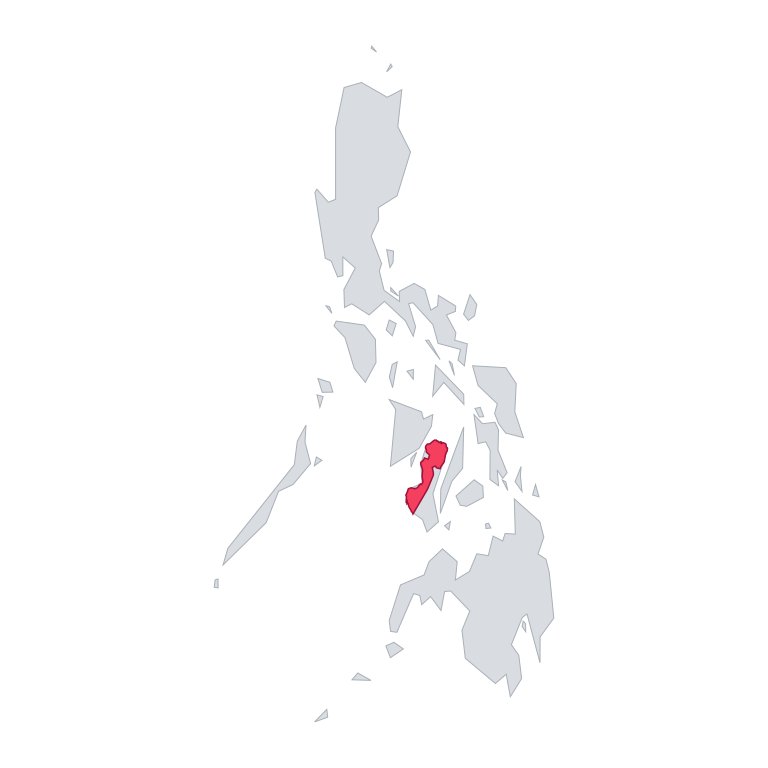 Philippines, with Negros Occidental highlighted
{"feature_id": "PHL-2518", "entity_name": "Negros Occidental", "entity_type": "Province", "adm_level": 1, "iso_a3": "PHL", "parent_name": "Philippines", "parent_adm1": "", "projection": "equal_earth", "projection_center": [123.001, 10.217], "detail": "fine", "context": "in_parent", "style": "filled", "palette": "rose", "viewbox_px": 768, "rotation_deg": 0, "n_neighbors": 0, "source": "natural_earth", "source_scale": "10m", "svg_char_len": 5461}
<svg xmlns="http://www.w3.org/2000/svg" viewBox="0 0 768 768"><path d="M361.5,82.5L387.2,97.3L401.8,89.7L397.8,126.7L410.5,151.9L397.1,195.8L378.3,207.6L378.7,219.9L371.1,236.1L381.6,263.7L379.3,271.0L384.1,290.4L399.6,301.6L399.2,291.4L414.2,283.4L424.9,289.5L430.8,310.1L437.6,306.0L438.4,295.4L455.7,306.0L455.4,311.4L446.4,315.0L455.9,332.7L454.7,340.2L467.3,343.8L464.4,365.9L458.0,360.1L460.5,349.4L438.1,343.4L432.9,324.6L413.0,302.7L408.6,303.7L415.6,326.8L413.2,336.3L405.4,320.9L384.5,301.3L369.2,314.9L351.7,303.8L344.5,307.5L343.9,289.5L355.3,268.0L342.8,256.9L342.9,275.6L337.7,277.0L331.2,261.1L325.3,258.3L314.9,192.5L316.9,189.2L328.3,202.2L335.6,199.3L335.6,127.9L344.1,87.5L361.5,82.5ZM514.3,498.9L539.8,521.7L543.8,537.1L538.0,554.0L546.0,559.3L549.3,572.7L553.8,618.1L540.1,636.9L540.0,662.8L527.0,614.0L522.3,617.4L511.4,644.7L518.8,655.4L521.6,678.6L510.3,696.7L506.2,674.2L495.4,683.5L465.3,658.3L462.0,630.2L469.8,611.0L450.7,591.0L444.6,591.5L441.0,610.5L430.6,596.6L421.7,604.7L419.8,595.5L413.6,593.6L396.9,632.3L390.6,631.4L389.2,620.4L400.5,584.9L424.1,574.9L429.0,561.7L442.5,548.9L457.2,561.7L455.4,580.0L469.5,571.4L476.8,553.8L488.3,555.6L493.1,536.1L502.7,541.0L505.1,533.5L515.3,534.1L514.3,498.9ZM438.5,521.8L427.0,532.0L422.5,519.6L411.8,511.9L406.0,495.7L408.6,489.2L422.1,483.2L420.8,463.5L426.6,445.3L436.2,440.2L445.2,443.6L447.2,450.3L432.9,493.8L438.5,521.8ZM505.8,367.7L516.2,383.6L514.8,411.8L523.4,437.6L505.7,433.1L498.7,423.8L494.6,413.5L497.3,403.8L478.0,385.4L472.6,365.8L505.8,367.7ZM389.1,399.5L421.5,411.8L423.5,419.1L432.8,414.6L431.4,426.4L419.1,448.3L390.4,466.3L395.7,409.5L389.1,399.5ZM266.2,522.6L223.1,564.9L227.8,548.4L294.3,464.7L297.3,441.2L306.0,425.1L305.0,442.2L310.6,463.6L293.1,484.4L278.6,491.3L266.2,522.6ZM336.2,321.1L364.3,325.1L375.4,339.3L376.0,362.5L365.3,382.3L354.3,368.5L344.9,337.5L334.0,326.0L336.2,321.1ZM482.6,423.7L495.0,422.3L498.5,429.9L498.0,450.1L507.1,472.7L502.7,478.4L497.2,469.9L498.6,485.8L489.9,479.4L490.1,450.3L485.7,441.8L478.1,443.6L474.0,414.6L482.6,423.7ZM440.3,513.4L440.8,488.9L463.7,427.0L462.6,468.4L451.9,481.2L440.3,513.4ZM483.4,497.4L466.8,506.3L460.2,505.2L456.0,496.0L474.2,479.8L482.8,486.1L483.4,497.4ZM435.5,365.1L463.7,394.2L463.9,404.4L443.8,382.4L432.7,396.2L435.5,365.1ZM474.6,315.7L468.4,320.4L463.6,314.2L470.0,294.7L476.8,304.4L474.6,315.7ZM403.3,648.9L390.4,657.7L385.9,645.9L393.9,642.3L403.3,648.9ZM317.9,378.5L329.9,382.3L332.9,392.1L322.2,392.3L317.9,378.5ZM389.2,320.0L396.2,323.6L392.3,335.8L386.2,330.0L389.2,320.0ZM357.8,673.0L371.0,680.4L352.0,679.8L357.8,673.0ZM522.0,491.4L515.1,481.7L521.1,466.5L520.4,475.7L522.0,491.4ZM397.2,361.8L392.6,387.7L389.4,377.0L392.2,364.4L397.2,361.8ZM326.8,709.4L327.7,717.2L314.6,721.9L326.8,709.4ZM393.5,251.1L393.0,262.6L389.9,267.5L386.7,249.6L393.5,251.1ZM416.7,452.2L411.0,467.2L410.9,458.5L416.7,452.2ZM323.1,396.6L319.9,407.3L317.0,394.8L323.1,396.6ZM483.7,416.7L479.3,417.0L475.0,408.4L480.3,407.4L483.7,416.7ZM413.3,369.4L413.3,379.2L407.0,371.2L413.3,369.4ZM539.0,496.8L532.6,495.0L535.5,484.5L539.0,496.8ZM428.7,340.1L440.1,359.6L425.7,340.4L428.7,340.1ZM321.9,460.3L314.3,465.8L316.4,457.0L321.9,460.3ZM450.3,521.6L448.9,529.9L444.6,525.7L450.3,521.6ZM452.1,363.8L454.5,375.4L449.0,360.8L452.1,363.8ZM218.1,587.9L214.2,587.3L215.1,579.9L218.0,579.0L218.1,587.9ZM490.9,528.0L486.0,528.5L485.5,524.1L488.4,523.2L490.9,528.0ZM525.7,631.7L522.1,626.4L523.2,621.1L525.6,623.7L525.7,631.7ZM329.6,306.8L331.8,313.3L325.9,305.8L329.6,306.8ZM505.8,481.8L507.8,490.5L502.3,480.0L505.8,481.8ZM392.2,66.6L386.6,71.9L390.7,64.1L392.2,66.6ZM398.4,296.0L390.7,291.0L390.8,287.6L398.4,296.0ZM371.7,46.1L376.5,52.0L371.1,48.1L371.7,46.1Z" fill="#d9dde1" stroke="#a8b0b8" stroke-width="1"/><path d="M413.0,514.0L412.8,513.4L412.1,512.2L411.4,511.5L410.6,509.3L410.1,508.7L409.8,508.6L409.5,508.1L408.4,505.2L408.1,504.5L408.3,504.1L408.2,503.7L407.6,502.9L407.4,503.1L407.1,503.3L406.9,503.5L406.9,502.9L407.1,501.6L407.1,500.9L406.9,501.1L406.4,501.4L406.2,501.6L406.2,499.7L406.4,498.0L406.4,496.4L405.9,495.1L405.9,494.8L406.3,494.3L407.6,491.1L408.2,489.0L408.7,488.6L409.4,488.4L410.9,487.9L411.7,487.9L414.0,488.5L414.6,488.9L415.1,488.5L416.9,488.0L417.6,487.5L419.5,484.8L420.4,484.0L421.1,484.6L421.7,484.1L422.7,482.6L422.9,481.7L422.8,480.6L422.4,478.5L422.1,476.5L422.6,470.7L422.3,468.6L420.9,464.9L420.7,462.9L421.0,462.1L421.7,461.7L422.3,461.4L422.6,461.1L422.8,460.7L424.1,459.0L424.4,458.0L428.1,459.2L429.6,455.1L426.4,452.1L426.2,449.1L426.1,448.9L425.6,448.4L425.5,448.1L425.5,447.2L425.6,446.8L425.7,446.4L426.0,445.8L427.0,444.4L427.3,444.1L428.9,444.0L429.6,443.8L430.3,443.5L433.2,441.0L434.7,440.1L436.3,440.2L436.4,440.4L436.5,440.7L436.7,441.0L436.9,441.2L437.6,441.1L437.8,441.2L438.2,441.5L438.8,442.3L439.2,442.5L439.6,442.4L440.5,441.9L440.9,441.8L441.4,442.2L441.3,442.5L441.1,443.0L441.1,443.5L441.5,443.7L442.0,443.1L442.4,442.8L442.9,442.7L443.3,442.8L443.6,443.0L444.9,443.4L445.6,443.7L446.0,444.5L446.3,446.3L446.4,446.8L446.9,447.7L447.0,447.7L447.3,447.8L447.4,448.0L447.5,448.2L447.3,450.4L447.0,451.3L446.0,453.2L445.4,455.1L444.3,461.3L443.9,462.4L440.9,466.6L440.6,467.4L440.1,468.7L439.4,468.6L437.4,468.1L436.6,467.7L436.4,467.7L436.2,467.6L436.1,467.2L436.0,466.8L435.9,466.6L435.8,466.4L434.9,466.2L434.0,466.6L433.1,467.1L432.3,467.3L433.4,473.0L433.4,474.4L433.0,476.0L427.6,489.0L413.0,514.0Z" fill="#f43f5e" stroke="#9f1239" stroke-width="1.5"/></svg>